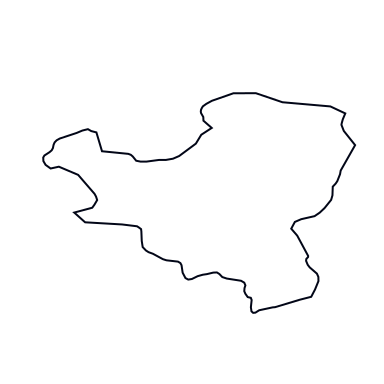 the Canton of Schwyz, rotated 10°
{"feature_id": "CHE-173", "entity_name": "Schwyz", "entity_type": "Canton", "adm_level": 1, "iso_a3": "CHE", "parent_name": "Switzerland", "parent_adm1": "", "projection": "equal_earth", "projection_center": [8.712, 47.055], "detail": "fine", "context": "isolated", "style": "outline", "palette": "ink", "viewbox_px": 384, "rotation_deg": 10, "n_neighbors": 0, "source": "natural_earth", "source_scale": "10m", "svg_char_len": 1678}
<svg xmlns="http://www.w3.org/2000/svg" viewBox="0 0 384 384"><g transform="rotate(10 192 192)"><path d="M178.7,263.7L175.0,263.2L164.2,259.6L159.7,258.8L156.8,257.6L153.0,254.8L151.0,248.9L149.0,239.7L148.3,237.4L145.7,236.1L143.8,235.3L128.8,236.1L92.0,240.4L79.6,232.7L96.5,224.8L98.1,221.5L100.0,216.4L98.3,213.2L96.4,210.8L76.9,194.9L56.5,190.2L48.7,193.4L43.1,190.7L40.3,187.4L39.5,183.9L40.3,181.7L44.8,177.5L46.6,175.3L47.4,172.9L47.5,169.5L48.1,167.0L49.7,164.6L52.5,162.3L68.1,153.9L73.4,150.5L78.6,148.2L82.2,149.5L87.5,149.9L96.3,167.5L122.6,165.5L125.3,166.0L127.5,167.3L131.6,170.9L136.1,171.0L142.1,169.9L153.8,166.2L160.6,165.0L167.5,162.5L173.1,158.8L187.4,143.7L191.2,134.0L200.3,125.5L190.9,119.8L190.1,116.2L187.2,112.7L186.7,111.3L186.6,109.6L187.0,107.9L187.8,105.8L190.8,102.7L195.8,98.7L215.6,87.6L237.7,83.6L265.5,87.9L313.4,83.7L329.3,88.0L327.9,94.2L327.5,98.3L327.5,99.9L330.9,105.5L344.5,117.5L334.7,145.1L334.7,148.8L333.2,156.1L332.0,158.8L329.7,162.3L330.9,170.9L330.4,175.6L325.4,184.7L321.4,190.1L316.9,194.5L304.3,199.8L298.5,203.6L296.1,210.9L303.2,216.7L317.5,234.8L317.6,235.9L316.2,238.1L316.3,240.0L318.6,243.6L321.0,245.8L329.2,250.7L331.2,253.7L332.0,257.8L330.1,266.6L327.6,274.5L316.8,279.4L293.8,291.0L291.5,291.6L278.7,296.8L275.4,299.8L273.2,300.4L271.3,299.2L270.0,295.3L269.5,288.0L268.3,286.0L265.1,285.8L262.2,282.9L260.7,280.6L260.4,277.5L260.8,274.7L259.2,272.2L255.7,270.9L241.3,271.2L236.6,270.5L233.2,268.0L230.5,266.9L226.9,267.7L220.9,270.3L217.0,271.6L212.2,273.9L207.0,277.7L203.5,278.9L200.5,277.9L196.8,273.1L194.4,265.9L192.9,264.0L190.3,263.0L178.7,263.7Z" fill="none" stroke="#020617" stroke-width="2"/></g></svg>